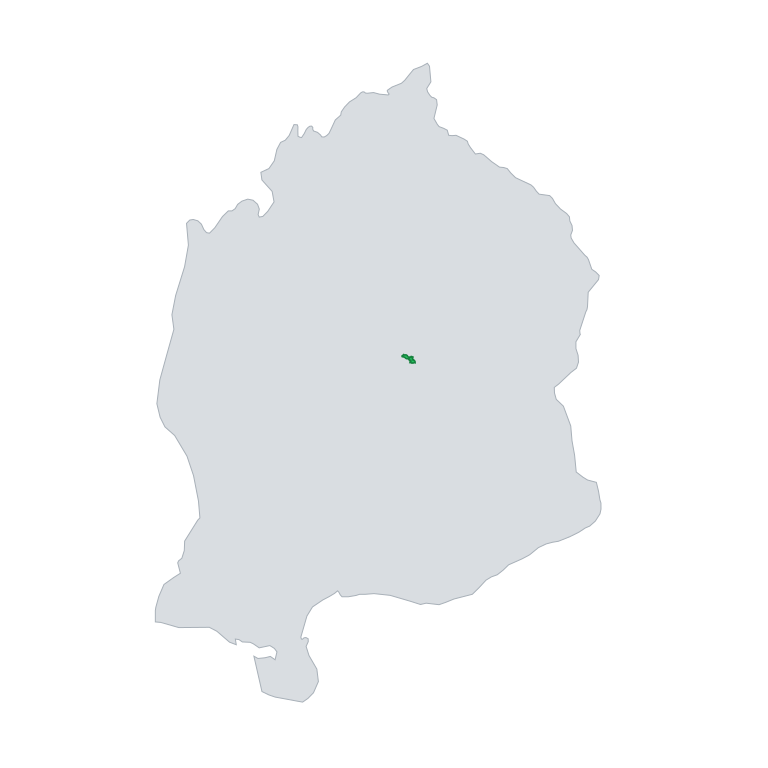 location of Hoghilag, Sibiu, Romania, rotated 94°
{"feature_id": "2599482B10102156150057", "entity_name": "Hoghilag", "entity_type": "district", "adm_level": 2, "iso_a3": "ROU", "parent_name": "Romania", "parent_adm1": "Sibiu", "projection": "orthographic", "projection_center": [24.623, 46.211], "detail": "fine", "context": "in_parent", "style": "filled", "palette": "green", "viewbox_px": 768, "rotation_deg": 94, "n_neighbors": 0, "source": "geoboundaries", "source_scale": "gbopen_adm2", "svg_char_len": 6096}
<svg xmlns="http://www.w3.org/2000/svg" viewBox="0 0 768 768"><g transform="rotate(94 384 384)"><path d="M603.7,430.0L611.4,439.8L620.8,444.7L642.3,449.3L644.2,448.6L644.3,447.5L642.8,446.1L642.4,444.2L643.4,441.9L646.3,441.6L651.2,443.4L660.1,439.9L673.1,431.1L685.4,428.7L696.9,432.8L703.0,438.0L707.0,443.0L706.3,449.6L705.8,453.7L703.9,470.7L702.2,477.1L699.3,484.3L664.6,494.8L666.6,490.6L665.4,483.6L663.7,478.4L666.7,473.4L658.7,472.1L655.4,474.9L652.9,479.6L655.9,490.1L652.3,496.2L651.0,499.5L651.2,507.3L649.1,510.8L648.8,514.5L654.4,513.2L652.3,520.1L642.3,533.5L638.9,541.3L641.3,571.7L637.4,590.1L637.3,595.5L625.9,596.3L622.5,596.0L611.6,593.8L599.3,589.5L591.8,580.4L587.0,573.9L576.8,577.3L574.8,576.6L571.9,573.5L564.1,571.6L554.6,571.9L532.8,560.3L530.4,558.3L513.7,560.9L488.7,567.6L469.7,575.5L450.0,589.2L442.1,599.5L432.8,605.0L419.5,609.2L395.6,607.9L370.8,602.9L344.1,597.4L329.7,600.4L310.2,598.0L280.9,591.1L259.1,588.8L237.5,592.2L234.0,589.2L233.2,585.8L234.2,581.1L237.3,577.3L242.5,574.5L245.4,571.6L245.7,568.6L240.0,563.7L228.2,556.8L223.4,552.5L222.2,551.4L221.9,547.7L219.5,544.7L215.0,542.5L211.5,538.5L209.1,532.8L209.8,527.5L213.5,522.7L218.2,520.6L223.8,521.4L226.2,520.1L225.3,516.6L219.9,512.0L210.0,506.4L199.7,509.0L189.0,520.0L181.4,521.6L177.1,513.8L169.0,509.0L157.4,507.2L150.2,504.0L147.7,499.5L142.7,495.9L131.5,491.9L131.5,488.5L133.4,487.8L137.4,487.6L142.8,487.1L143.7,485.2L143.9,483.4L139.7,481.0L135.5,479.3L133.3,477.6L132.0,475.9L131.8,474.1L133.1,472.9L134.8,472.9L136.5,471.9L137.6,467.9L140.1,464.6L141.8,463.4L141.8,460.9L140.2,458.5L137.9,456.4L134.5,455.0L124.0,451.0L118.8,445.9L115.5,445.6L110.4,442.6L105.0,438.1L100.4,431.8L95.3,427.6L94.1,425.9L94.0,424.3L95.1,422.7L95.1,420.8L94.0,414.8L95.2,408.6L95.3,402.6L95.4,400.0L94.4,399.1L93.4,400.0L92.1,401.0L90.8,401.2L87.2,396.7L82.8,387.6L79.6,384.5L73.4,380.2L68.2,376.5L64.7,368.9L61.0,363.1L63.8,360.8L79.3,358.3L86.3,362.0L89.5,360.9L92.8,358.4L94.6,356.4L95.0,354.2L96.7,351.4L101.9,350.4L115.6,352.7L121.2,349.0L123.4,347.0L124.8,342.3L126.4,338.6L131.4,336.8L131.5,333.3L130.9,329.5L134.1,321.2L136.0,317.8L138.8,316.7L142.2,314.2L148.2,308.9L147.1,304.0L148.4,300.5L154.7,292.1L159.6,283.9L159.7,279.8L160.5,276.1L164.6,272.3L169.0,267.2L175.2,251.2L177.3,248.5L181.0,245.5L183.8,242.5L184.5,231.9L187.1,228.9L192.1,225.6L197.1,220.2L201.2,213.7L204.3,210.7L208.4,210.0L212.8,207.5L217.6,206.7L222.3,208.1L225.3,207.5L229.9,204.4L241.6,192.6L243.3,190.3L245.7,188.7L255.1,184.7L257.5,180.6L260.8,176.9L264.9,177.3L278.2,186.7L292.6,186.4L295.3,186.7L296.1,186.9L297.9,187.7L317.0,192.5L320.0,192.0L320.8,191.6L328.5,195.5L335.3,195.0L341.8,192.4L348.6,191.5L354.8,193.1L359.5,198.4L371.8,209.7L375.5,213.9L381.1,213.3L387.3,211.1L393.6,203.5L412.8,194.8L427.5,192.5L441.8,188.9L458.4,186.1L463.1,179.0L465.6,174.2L467.3,165.3L476.1,162.5L484.6,160.5L487.6,159.3L493.7,158.8L498.5,159.5L506.0,163.6L511.4,168.9L513.6,173.2L518.2,179.2L523.2,187.7L528.7,199.0L530.1,204.8L532.2,211.0L536.4,218.5L544.1,226.7L545.2,228.3L548.8,234.1L555.7,247.1L561.4,252.2L566.4,257.7L568.9,263.4L572.5,268.5L580.8,275.2L587.6,281.2L593.6,299.2L597.6,307.4L600.3,313.7L599.7,326.7L601.4,332.2L598.9,342.5L594.4,363.1L593.8,379.4L595.1,388.1L595.5,393.7L596.9,397.2L598.7,404.6L599.2,411.0L597.4,412.9L594.7,414.6L593.6,415.9L596.3,418.7L600.0,424.0L603.7,430.0Z" fill="#d9dde1" stroke="#a8b0b8" stroke-width="1"/><path d="M353.7,365.6L353.6,365.8L353.5,366.0L353.4,366.1L353.3,366.3L353.2,366.4L353.3,366.5L353.6,366.5L353.8,366.8L353.9,367.0L354.0,367.0L354.1,367.3L354.2,367.5L354.4,367.7L354.5,367.8L354.7,368.0L354.8,368.0L355.1,368.0L355.2,367.9L355.3,367.9L355.5,367.8L355.5,367.7L355.6,367.4L355.6,367.2L355.4,367.0L355.4,366.9L355.4,366.7L355.4,366.4L355.5,366.3L355.5,366.2L355.8,366.0L355.9,365.9L355.9,365.6L355.9,365.4L356.0,365.4L356.1,365.2L356.2,364.7L356.3,364.6L356.5,364.5L356.7,364.3L356.8,364.2L356.9,363.9L357.0,363.8L357.1,363.7L357.2,363.4L357.2,363.2L357.2,362.8L357.2,362.7L357.1,362.4L357.1,362.1L357.2,361.9L357.2,361.7L357.3,361.6L357.3,361.4L357.5,361.3L357.5,361.2L357.8,360.9L357.8,360.7L357.7,360.4L358.8,360.3L358.9,360.0L358.9,359.9L358.9,359.7L358.7,359.6L358.5,359.3L358.6,359.2L358.9,359.1L359.0,359.0L359.3,359.3L359.5,359.3L359.6,359.0L359.6,358.9L359.8,358.8L359.8,358.7L360.0,358.7L359.9,358.9L360.0,359.0L360.3,359.0L360.4,358.9L360.5,359.0L360.7,359.3L360.4,359.4L360.4,359.5L360.5,359.5L360.8,359.6L360.8,359.3L360.9,358.8L360.9,358.7L361.0,358.4L360.9,358.4L361.0,358.2L361.1,357.9L361.1,357.7L361.3,357.5L361.3,357.4L361.2,357.2L360.9,357.0L360.9,356.9L360.9,356.6L360.9,356.4L361.0,356.3L361.0,356.2L360.9,356.2L360.9,355.9L360.8,355.7L360.7,355.6L360.7,355.4L360.7,355.2L360.6,354.9L360.6,354.7L360.7,354.4L360.4,354.4L360.3,354.5L360.2,354.6L359.9,354.6L359.7,354.6L359.4,354.6L359.2,354.6L359.1,354.8L358.9,355.0L358.8,355.3L358.6,355.4L358.4,355.4L358.3,355.5L358.2,355.8L358.3,355.9L358.3,356.0L358.2,356.3L358.1,356.2L358.0,356.3L358.0,356.2L357.9,356.2L357.9,356.3L357.7,356.4L357.7,356.5L357.8,356.7L357.8,356.8L357.7,356.9L357.7,357.0L357.8,357.1L357.8,357.3L357.7,357.3L357.4,357.2L357.2,357.2L357.1,357.3L356.9,357.3L356.7,357.3L356.4,357.3L356.4,357.2L356.2,357.1L355.9,357.0L355.7,357.0L355.8,357.1L355.7,357.1L355.8,357.3L355.7,357.4L355.7,357.5L355.5,357.4L355.4,357.3L355.4,357.2L355.4,357.3L355.3,357.5L355.2,357.7L354.9,357.7L354.8,357.9L354.8,358.0L354.7,358.0L354.6,358.4L354.7,358.5L354.7,358.8L354.8,358.8L355.0,358.9L355.2,359.2L355.2,359.3L355.2,359.5L355.4,359.4L355.5,359.4L355.5,359.5L355.4,359.6L355.3,359.8L355.4,360.2L355.5,360.4L355.5,360.5L355.8,360.4L356.0,360.4L356.1,360.5L356.0,360.8L355.9,360.9L355.7,361.0L355.5,361.4L355.5,361.5L355.4,361.6L355.3,361.8L355.2,361.8L355.1,362.0L354.9,362.1L354.8,362.3L354.7,362.4L354.5,362.6L354.3,362.6L354.1,362.7L354.1,362.8L354.1,363.0L353.9,363.2L353.9,363.3L353.5,363.5L353.5,363.8L353.5,364.0L353.4,364.2L353.4,364.3L353.4,364.5L353.5,364.6L353.5,364.8L353.5,365.0L353.5,365.3L353.7,365.5L353.7,365.6Z" fill="#22c55e" stroke="#15803d" stroke-width="1.5"/></g></svg>